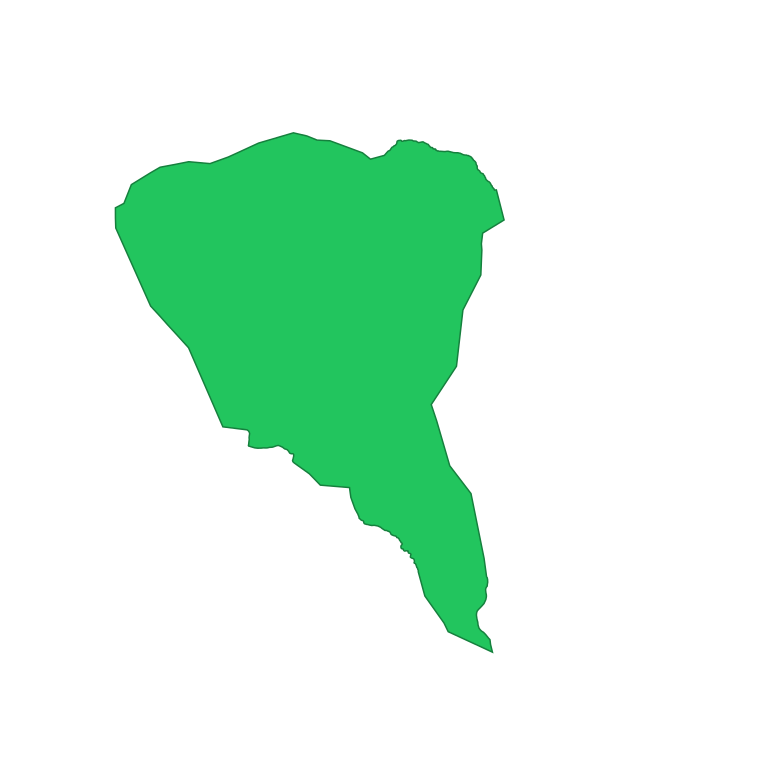 outline of Bayangovi, Bayanhongor, Mongolia, rotated 336°
{"feature_id": "93677404B31691504211016", "entity_name": "Bayangovi", "entity_type": "district", "adm_level": 2, "iso_a3": "MNG", "parent_name": "Mongolia", "parent_adm1": "Bayanhongor", "projection": "mercator", "projection_center": [100.136, 44.533], "detail": "fine", "context": "isolated", "style": "filled", "palette": "green", "viewbox_px": 768, "rotation_deg": 336, "n_neighbors": 0, "source": "geoboundaries", "source_scale": "gbopen_adm2", "svg_char_len": 3959}
<svg xmlns="http://www.w3.org/2000/svg" viewBox="0 0 768 768"><g transform="rotate(336 384 384)"><path d="M202.5,217.9L207.0,231.2L210.4,241.9L214.4,253.8L220.2,271.4L219.4,357.6L240.1,370.1L240.8,371.1L241.1,371.9L241.3,373.0L241.1,374.6L239.7,376.8L238.9,378.2L238.3,379.9L237.3,381.5L235.8,384.1L235.1,385.1L235.1,385.6L236.7,387.0L238.1,388.2L240.0,389.8L242.4,391.2L245.7,392.6L248.1,393.4L249.9,394.3L251.1,394.8L252.4,395.1L254.0,395.4L254.8,395.8L256.7,396.4L260.6,396.7L262.4,397.1L263.8,398.4L265.7,400.6L266.8,402.8L267.9,403.7L268.9,404.7L269.5,406.7L269.7,408.6L270.2,409.4L271.1,410.1L271.9,410.4L272.5,410.7L272.8,411.6L272.2,413.1L270.5,415.4L269.3,416.8L269.2,418.0L269.9,419.7L279.3,435.7L284.7,450.5L310.4,464.6L309.3,468.2L307.6,474.1L306.7,486.2L306.9,488.7L307.0,490.0L307.2,492.4L307.1,493.8L307.1,494.9L306.7,496.7L307.3,497.7L307.7,498.9L308.3,499.6L309.2,500.3L309.5,501.2L309.1,502.6L309.3,503.7L311.0,505.2L311.9,505.7L313.7,507.2L315.3,508.3L317.6,509.1L318.6,509.8L320.6,511.2L322.7,513.6L323.4,515.1L325.3,518.1L326.0,518.5L326.9,518.9L327.3,519.6L328.9,521.2L329.3,522.0L329.3,524.0L329.6,524.8L330.2,525.2L330.6,525.9L331.9,527.0L332.8,527.6L333.2,528.4L333.3,529.5L334.2,530.2L334.7,531.3L334.7,532.7L335.0,534.2L335.2,534.9L335.1,535.8L335.7,536.8L335.6,537.5L335.2,538.0L334.0,538.5L333.2,539.6L333.1,540.2L332.9,540.6L333.1,541.5L333.8,542.1L334.4,542.7L334.3,543.9L334.6,544.6L335.2,545.2L336.2,545.2L336.8,545.5L337.3,546.1L337.9,546.1L338.0,546.7L337.6,548.0L338.0,548.8L338.9,549.4L339.3,550.1L339.2,550.8L338.0,552.2L337.7,553.0L338.0,553.6L338.6,554.4L339.7,555.4L340.1,556.2L340.0,557.1L339.7,558.4L338.8,559.5L338.8,560.0L339.6,560.8L339.7,561.8L339.6,563.0L339.4,565.0L339.7,565.7L339.5,566.9L339.5,568.2L338.9,569.6L335.1,594.3L341.6,626.7L341.9,636.4L374.0,673.1L375.4,665.3L376.3,662.4L376.8,660.6L376.1,658.6L375.0,654.3L373.9,651.3L372.6,649.4L371.9,647.5L371.5,645.7L371.9,642.4L372.8,639.7L373.3,636.6L374.4,632.8L375.3,631.1L376.2,629.9L377.0,629.2L378.6,628.4L380.7,627.6L383.6,626.4L386.1,625.2L389.3,622.4L391.0,620.0L391.7,618.4L392.2,616.1L393.1,613.3L394.0,612.0L395.1,611.1L396.1,610.6L396.9,609.1L398.1,607.3L399.1,604.8L399.5,602.9L399.3,601.8L404.5,584.0L418.9,519.5L410.8,485.5L417.1,439.2L418.8,422.0L457.4,397.3L486.2,348.5L506.9,331.8L516.8,323.8L527.9,301.4L530.0,295.5L535.5,286.3L560.4,283.0L565.6,252.4L563.8,251.8L563.7,251.3L563.9,250.6L563.7,249.9L563.4,249.2L563.1,248.2L563.3,247.2L562.9,246.0L562.8,243.7L562.5,242.7L562.1,241.8L561.4,241.1L560.3,238.4L560.6,237.3L560.4,236.1L560.5,234.7L560.1,233.5L560.0,232.2L559.0,231.3L558.2,230.3L558.0,228.2L557.4,227.1L556.9,226.3L556.9,225.0L557.4,223.5L557.8,222.9L557.6,221.6L557.6,220.5L558.0,219.4L557.8,218.1L557.4,217.0L556.7,215.7L556.8,215.2L556.5,214.6L556.6,213.8L556.1,213.2L556.1,212.4L555.4,211.3L554.4,210.2L554.0,209.6L553.0,209.1L552.4,208.4L551.3,207.9L549.8,206.9L547.3,204.0L546.8,203.8L545.7,202.9L541.9,201.1L537.2,197.4L535.5,196.8L534.3,196.5L532.9,195.8L531.1,194.8L529.0,193.8L528.5,193.2L527.9,193.1L527.0,191.9L526.6,191.6L526.7,190.9L526.6,190.3L525.8,190.1L525.4,189.5L524.9,189.4L524.5,189.0L524.5,188.0L524.1,187.5L523.0,187.0L522.7,186.5L522.5,185.4L522.2,185.0L522.0,183.9L521.9,183.2L520.6,181.9L520.0,181.0L519.1,180.2L518.5,179.0L517.5,178.4L516.0,178.1L514.7,177.8L513.7,177.5L512.8,176.4L512.3,175.4L510.9,174.5L509.7,174.0L508.9,172.8L507.6,172.1L505.8,171.2L502.6,170.5L501.6,169.9L500.4,169.9L499.3,169.7L498.9,169.4L498.8,168.6L498.3,168.1L497.3,167.8L496.1,167.4L494.7,167.6L493.9,168.8L493.1,169.8L491.4,170.6L490.1,170.5L488.9,171.0L487.7,171.0L486.5,171.6L484.6,172.9L482.3,173.0L477.3,175.3L463.1,173.1L458.4,164.1L433.5,139.8L422.1,134.0L414.5,126.1L403.4,117.7L367.4,112.9L345.7,113.2L334.1,113.3L314.7,111.9L296.0,101.5L282.3,98.4L267.6,94.9L256.5,96.1L234.3,99.1L219.9,113.2L210.3,113.8L206.1,123.3L202.4,132.4L202.5,217.9Z" fill="#22c55e" stroke="#15803d" stroke-width="1.5"/></g></svg>